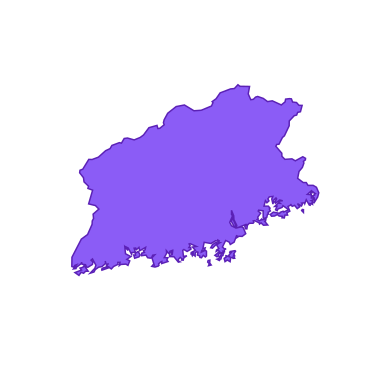 map outline of Fujian (Equal Earth projection), rotated 41°
{"feature_id": "CHN-1178", "entity_name": "Fujian", "entity_type": "Province", "adm_level": 1, "iso_a3": "CHN", "parent_name": "China", "parent_adm1": "", "projection": "equal_earth", "projection_center": [118.681, 25.949], "detail": "fine", "context": "isolated", "style": "filled", "palette": "violet", "viewbox_px": 384, "rotation_deg": 41, "n_neighbors": 0, "source": "natural_earth", "source_scale": "10m", "svg_char_len": 6134}
<svg xmlns="http://www.w3.org/2000/svg" viewBox="0 0 384 384"><g transform="rotate(41 192 192)"><path d="M290.2,113.5L291.3,120.6L289.0,117.0L287.7,116.2L285.3,116.2L286.5,113.9L285.6,113.4L286.2,112.3L282.4,112.6L283.2,113.9L282.5,115.1L281.2,113.4L280.6,118.1L283.8,115.8L286.0,118.2L287.7,116.6L288.5,118.5L287.7,120.2L288.7,119.8L290.9,122.1L288.9,122.1L290.4,122.5L288.6,123.4L289.8,124.5L289.1,124.9L283.3,122.9L284.8,126.9L283.9,126.4L282.1,128.4L283.2,128.6L283.8,130.7L279.2,131.6L283.0,132.5L282.3,135.5L278.2,134.8L277.0,137.1L274.2,136.4L275.2,137.0L273.9,139.9L278.4,142.3L277.2,145.4L279.3,146.7L277.3,148.5L278.7,151.0L276.8,152.4L276.3,151.0L273.5,153.0L271.2,153.0L270.1,155.9L267.9,158.1L265.8,157.6L266.6,153.8L272.2,150.6L271.9,149.4L273.4,146.7L274.3,146.9L276.2,142.9L275.8,142.1L269.6,142.6L270.1,144.5L268.0,148.6L268.6,150.2L267.7,150.5L266.7,150.6L265.5,147.0L263.9,148.6L264.3,144.0L266.0,142.7L263.9,142.7L264.1,141.2L266.2,139.1L263.4,140.5L262.3,145.7L261.2,145.4L260.4,141.7L259.3,141.4L259.0,144.2L261.0,148.0L256.8,145.0L255.9,142.3L253.5,145.0L253.8,147.4L255.9,148.2L255.6,151.0L253.1,150.4L255.6,155.4L258.9,152.6L261.5,153.0L261.5,154.1L263.6,154.9L262.8,157.4L264.2,158.5L263.6,159.3L265.1,162.1L263.9,164.4L262.7,164.8L258.0,159.5L254.2,162.0L254.5,163.0L257.7,163.0L258.1,167.8L259.5,168.8L259.2,170.0L262.0,169.4L262.3,166.8L263.0,167.2L265.4,163.7L266.5,165.6L266.0,166.4L270.8,167.2L267.7,170.2L264.4,170.0L264.0,171.9L262.8,171.2L258.0,172.6L257.2,173.6L258.6,174.3L258.6,175.5L255.7,178.1L255.7,179.9L254.0,181.1L249.6,189.4L248.6,189.4L247.7,187.8L241.7,185.3L239.1,182.6L233.8,179.9L236.6,183.1L238.2,183.3L240.4,190.2L244.0,191.6L248.8,190.4L252.2,185.8L254.3,185.4L259.9,188.2L259.0,192.6L256.5,194.6L255.7,197.4L255.1,195.5L254.3,195.8L256.7,202.2L255.3,206.5L253.0,205.4L249.2,206.5L251.1,213.6L254.0,213.6L254.9,212.4L254.4,214.6L255.5,215.6L254.3,216.4L255.8,216.9L254.6,218.0L256.0,217.9L257.0,219.6L256.4,220.9L257.8,223.6L256.7,225.2L258.2,225.6L254.9,226.4L255.8,224.8L254.8,219.2L253.1,219.6L253.0,222.0L254.0,222.9L253.4,224.5L250.8,224.8L251.8,218.8L250.0,218.8L249.2,220.9L248.6,219.7L249.3,217.0L245.2,215.8L246.3,212.1L245.4,212.9L244.6,211.0L243.0,211.3L243.7,212.3L241.8,213.2L240.1,218.4L234.2,222.0L237.3,227.5L238.6,225.6L239.5,228.0L237.7,229.6L238.5,231.3L240.3,227.2L241.8,227.2L244.9,230.8L244.7,232.3L242.0,232.4L242.3,235.4L240.9,236.2L239.8,235.2L237.4,236.1L236.0,233.5L234.8,234.0L234.3,235.8L236.4,238.3L233.9,238.5L234.1,239.9L232.6,239.1L233.2,237.5L232.6,236.9L231.7,239.1L231.1,238.2L232.8,233.8L228.5,233.2L231.0,230.2L224.4,232.2L223.9,233.1L225.9,233.8L226.1,236.0L227.6,234.9L228.7,235.8L227.3,240.1L223.6,240.7L223.3,242.1L227.8,246.2L230.0,243.5L229.1,246.7L229.7,249.1L230.6,248.7L228.8,250.2L228.2,249.0L226.0,249.1L225.9,251.8L227.0,253.0L228.7,252.6L227.7,253.9L220.8,252.7L217.5,255.5L216.7,254.6L218.1,252.2L216.6,249.9L216.3,252.5L215.4,249.1L214.2,251.3L215.5,253.7L211.2,253.1L213.0,254.8L214.1,259.7L216.9,257.4L217.6,259.8L219.5,260.2L216.1,265.8L214.8,264.2L214.3,265.1L213.9,268.1L215.2,269.0L215.1,270.2L213.3,272.9L210.4,274.5L210.4,272.4L211.5,272.0L204.9,267.9L205.1,263.9L203.8,265.5L204.7,268.3L203.9,269.3L201.6,270.7L198.7,269.8L195.8,273.1L194.2,271.1L195.7,268.8L193.9,268.3L194.5,266.3L193.3,264.2L191.1,270.6L188.3,268.6L187.9,272.0L186.4,271.9L186.7,270.8L185.2,272.4L188.8,274.6L186.3,277.2L187.3,278.7L180.6,276.1L178.7,276.6L182.0,278.2L177.2,277.4L182.3,282.2L188.2,280.9L187.0,285.6L190.2,284.8L191.8,289.4L189.4,289.8L185.8,293.4L185.4,295.2L183.8,292.3L182.2,293.8L183.6,295.2L181.7,299.6L181.6,303.0L179.2,303.3L175.3,310.1L174.4,309.4L174.8,307.6L177.5,303.4L175.9,303.8L175.9,300.6L175.4,302.5L174.2,302.7L171.8,301.0L173.6,302.6L173.0,307.4L170.9,310.0L169.9,314.0L170.5,316.7L168.4,320.1L168.7,313.3L167.5,310.3L160.8,307.8L160.5,309.7L163.1,309.8L164.4,312.0L162.8,317.1L161.6,317.8L159.3,316.7L156.5,318.6L154.7,317.4L155.4,318.6L154.1,324.8L154.7,325.9L153.0,327.8L152.6,322.6L151.7,324.3L152.1,326.3L150.2,327.1L144.2,320.0L139.4,300.2L141.1,292.6L137.8,281.9L135.7,279.3L135.1,276.6L131.9,273.6L132.9,266.0L128.0,265.6L121.8,268.8L115.8,255.8L111.1,257.6L110.1,255.5L103.9,255.2L100.7,252.4L94.6,251.2L93.2,249.1L94.6,246.4L92.7,235.1L95.3,233.0L98.5,227.1L99.7,217.5L101.7,213.0L101.0,209.4L104.8,202.4L106.7,201.4L105.7,196.1L107.9,193.6L114.2,190.6L117.1,184.8L118.0,180.8L117.3,171.7L121.9,164.7L124.6,166.5L125.9,165.1L126.9,159.5L125.0,158.5L123.6,155.8L122.0,148.5L124.0,137.9L129.2,131.3L140.2,129.4L145.3,124.3L150.3,114.3L149.2,110.8L147.9,110.6L149.0,105.8L148.2,98.7L153.4,89.0L156.1,86.1L156.3,80.9L158.8,80.8L166.2,74.6L170.1,81.1L175.8,83.8L177.5,81.8L177.7,78.7L178.9,76.8L184.4,74.6L189.7,74.2L192.8,70.5L202.3,67.7L203.1,62.9L201.7,60.5L204.3,57.6L205.9,56.5L208.9,58.1L212.2,55.9L215.8,56.4L218.3,54.4L221.2,60.3L219.5,62.6L220.5,65.3L219.1,67.3L218.8,74.6L221.9,78.3L224.9,89.0L224.5,91.5L226.3,98.9L224.7,100.6L225.3,102.5L234.3,103.8L236.5,106.1L240.7,106.4L245.7,101.4L249.5,100.7L252.5,92.7L255.6,92.1L256.5,93.4L256.0,95.8L257.5,96.8L259.2,101.1L259.3,106.3L262.8,112.4L269.7,111.9L272.0,109.9L275.2,110.9L279.1,107.5L282.8,106.8L288.2,109.4L290.2,113.5ZM266.5,215.2L265.3,214.7L264.4,216.4L266.5,219.6L263.3,220.2L262.6,222.9L259.8,221.0L260.6,218.0L258.8,218.0L263.5,216.1L261.3,215.9L261.3,212.1L260.2,212.9L259.8,211.9L262.9,208.1L263.7,208.1L264.1,211.3L265.9,212.1L265.2,212.7L267.7,214.0L266.5,215.2ZM158.9,318.3L165.6,319.9L163.7,321.6L163.5,324.4L161.0,325.4L161.4,329.1L156.5,329.6L159.8,323.4L157.4,322.9L159.0,320.5L158.9,318.3ZM190.3,272.2L194.2,273.5L194.5,275.8L192.2,279.6L189.4,277.8L190.8,276.7L189.4,275.6L190.3,272.2ZM240.9,185.6L247.1,188.6L247.3,189.6L246.3,190.3L240.9,188.3L238.8,182.6L240.9,185.6ZM244.8,213.5L244.3,220.9L242.7,221.8L242.0,218.3L243.1,214.6L244.8,213.5ZM252.0,234.0L254.4,234.5L252.8,236.8L252.1,234.8L249.8,234.6L249.1,233.1L250.2,231.7L252.0,234.0ZM255.7,180.9L257.6,183.8L256.6,184.6L253.7,182.8L255.7,180.9ZM286.9,134.1L286.7,132.8L287.7,132.2L289.5,134.3L286.9,134.1Z" fill="#8b5cf6" stroke="#5b21b6" stroke-width="1.5"/></g></svg>